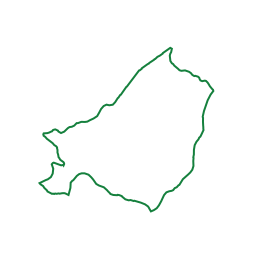 the district of Palencia, Guatemala, rotated 293°
{"feature_id": "79465075B84749841265640", "entity_name": "Palencia", "entity_type": "district", "adm_level": 2, "iso_a3": "GTM", "parent_name": "Guatemala", "parent_adm1": "", "projection": "albers", "projection_center": [-90.328, 14.679], "detail": "fine", "context": "isolated", "style": "outline", "palette": "green", "viewbox_px": 256, "rotation_deg": 293, "n_neighbors": 0, "source": "geoboundaries", "source_scale": "gbopen_adm2", "svg_char_len": 2550}
<svg xmlns="http://www.w3.org/2000/svg" viewBox="0 0 256 256"><g transform="rotate(293 128 128)"><path d="M60.2,181.7L62.5,183.9L65.4,185.8L68.9,186.7L73.9,187.2L74.8,187.2L80.3,187.4L81.0,187.6L83.8,188.5L85.9,190.7L87.2,192.7L88.5,193.9L90.9,194.5L92.5,196.0L95.1,196.9L95.7,197.5L102.3,198.5L108.8,201.6L111.4,202.7L114.7,203.5L118.6,203.1L123.1,201.0L126.1,200.0L126.4,199.6L129.3,199.0L133.7,197.2L137.0,196.4L138.3,196.1L142.2,196.4L145.1,197.3L146.9,197.3L148.4,198.0L152.1,198.2L155.6,198.3L156.6,197.7L157.7,197.2L158.4,196.9L159.3,196.4L163.0,194.6L166.7,193.1L167.4,192.4L173.3,191.3L179.1,190.9L184.6,190.5L191.1,191.0L195.4,192.1L196.4,191.3L196.8,190.2L198.4,187.1L199.9,185.1L201.0,183.4L201.8,181.4L201.6,180.2L200.1,178.0L200.1,176.1L200.5,175.5L200.9,175.0L201.4,174.5L202.1,173.9L202.6,172.4L202.3,169.5L201.7,168.7L202.0,166.5L203.1,164.5L203.6,162.2L203.3,158.0L201.5,154.8L201.3,152.8L202.0,151.1L203.5,146.2L204.5,144.6L204.7,143.1L206.3,140.8L210.9,138.2L212.9,137.9L214.6,138.1L218.1,137.4L218.3,135.6L210.6,130.8L210.1,130.9L207.0,129.0L205.0,127.3L202.2,126.1L201.7,125.5L201.1,125.4L196.1,122.1L195.4,122.0L194.6,121.2L188.4,117.4L187.9,117.5L185.7,116.3L185.3,115.7L165.7,110.8L165.2,110.4L155.8,108.4L155.3,107.9L152.1,107.3L151.6,106.9L146.8,106.1L143.5,104.9L141.6,101.9L141.1,99.1L138.7,97.0L135.0,95.8L131.4,95.5L126.9,95.0L123.3,92.6L120.2,89.8L118.0,88.1L116.8,86.1L115.4,82.6L113.0,80.1L112.4,78.8L111.8,78.6L110.3,78.0L109.2,77.6L107.2,75.8L106.0,73.8L104.4,72.7L99.7,70.7L97.2,68.3L97.5,65.9L97.6,65.2L98.2,64.6L98.3,62.4L98.3,61.6L97.6,60.6L96.7,59.7L95.3,59.4L94.7,58.7L93.0,57.2L91.8,55.8L90.1,52.5L89.1,52.5L87.9,53.4L87.5,55.3L86.4,57.5L84.6,64.6L83.5,66.7L83.1,69.1L82.4,70.3L81.9,70.4L80.2,71.7L77.8,72.7L76.9,73.5L76.2,74.1L74.0,75.5L73.4,76.6L72.3,78.0L71.4,81.8L71.1,82.4L70.0,83.3L68.4,83.3L68.7,82.9L67.5,81.0L67.1,73.2L66.4,72.5L64.8,72.0L61.3,75.1L56.6,76.5L52.7,76.2L49.4,74.2L48.1,72.8L42.7,68.1L42.0,69.4L41.4,72.6L40.2,74.3L38.8,78.0L38.1,78.6L37.7,83.8L38.3,84.6L38.4,85.8L39.2,86.5L39.5,87.9L40.7,89.8L40.8,90.7L42.2,92.8L43.1,94.7L43.3,95.9L43.1,99.4L50.3,98.4L55.3,96.6L57.8,97.4L58.5,98.0L63.9,99.6L66.4,101.0L68.2,103.1L69.3,105.7L69.6,109.9L68.3,113.4L67.0,116.0L64.1,120.6L63.7,123.8L64.0,128.9L62.5,133.2L62.0,134.1L60.8,137.1L60.4,137.6L60.6,140.6L61.9,144.3L62.4,144.5L62.8,146.0L62.9,148.9L62.6,149.2L61.3,153.4L61.7,156.9L62.7,158.5L63.0,161.7L63.5,162.2L64.3,168.8L64.4,173.5L63.6,177.1L62.8,178.3L61.6,179.8L60.2,181.7Z" fill="none" stroke="#15803d" stroke-width="2"/></g></svg>